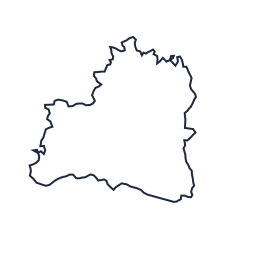 Boituva, São Paulo, Brazil, rotated 113°
{"feature_id": "56859067B19813676831421", "entity_name": "Boituva", "entity_type": "district", "adm_level": 2, "iso_a3": "BRA", "parent_name": "Brazil", "parent_adm1": "São Paulo", "projection": "orthographic", "projection_center": [-47.684, -23.285], "detail": "fine", "context": "isolated", "style": "outline", "palette": "slate", "viewbox_px": 256, "rotation_deg": 113, "n_neighbors": 0, "source": "geoboundaries", "source_scale": "gbopen_adm2", "svg_char_len": 2445}
<svg xmlns="http://www.w3.org/2000/svg" viewBox="0 0 256 256"><g transform="rotate(113 128 128)"><path d="M186.1,201.1L188.7,198.7L192.5,197.6L196.1,199.1L198.9,201.4L200.9,203.9L203.4,201.8L206.1,200.4L210.2,199.7L211.8,195.1L214.1,190.9L213.7,185.3L213.3,181.0L211.0,178.0L206.8,175.7L204.1,174.1L200.6,171.1L198.3,168.5L196.7,166.1L193.6,163.4L192.4,160.3L194.5,156.0L193.2,153.0L191.4,150.7L190.2,148.2L185.5,144.5L184.9,141.2L186.3,137.7L188.0,135.0L186.3,132.2L184.7,129.9L185.1,127.1L187.6,125.0L189.5,120.4L190.5,117.1L186.9,115.9L183.9,113.9L181.4,112.1L180.4,107.1L180.9,102.6L180.0,96.9L180.0,91.6L181.4,88.2L181.7,83.9L178.1,56.9L176.8,54.6L172.9,51.6L169.4,52.5L168.2,49.8L168.0,45.6L167.0,42.9L164.5,42.6L162.2,44.9L158.4,45.5L155.2,44.6L153.1,46.3L149.3,48.6L145.0,51.4L142.5,52.5L140.9,55.7L138.5,58.0L136.3,61.2L133.7,63.0L130.2,64.8L127.4,67.0L125.1,68.9L121.6,68.6L117.2,71.4L116.3,68.6L113.8,67.2L108.8,65.4L105.9,64.1L103.5,67.6L104.4,70.8L105.7,75.6L102.1,76.9L97.3,78.7L94.7,80.3L92.0,81.7L89.0,80.0L86.4,79.5L84.1,78.5L79.3,78.1L76.1,78.2L73.1,77.6L70.6,79.3L69.4,81.5L67.6,85.1L64.7,87.6L60.9,88.3L57.2,89.0L55.1,91.3L52.7,94.3L50.5,96.3L48.8,98.3L50.0,101.0L46.8,103.0L44.1,105.2L41.9,108.1L43.6,110.4L47.2,108.0L52.1,108.7L48.9,116.0L51.9,118.5L49.8,123.3L54.3,124.7L57.2,126.4L53.4,127.6L50.4,129.2L50.0,133.3L47.2,133.3L46.0,135.6L48.3,137.3L50.2,139.1L52.5,140.6L52.6,143.2L55.7,143.6L52.7,146.6L53.2,150.2L50.3,153.1L47.1,155.0L43.6,155.3L42.2,158.9L44.8,161.8L47.8,163.5L51.8,167.2L54.0,165.4L55.1,162.9L57.8,161.3L60.0,164.1L60.1,167.0L59.6,169.8L59.7,173.5L60.4,176.1L62.4,174.1L65.4,172.5L68.0,169.6L70.7,168.8L72.6,171.5L74.2,169.4L76.6,169.3L77.9,171.5L81.6,171.7L85.2,171.5L86.4,174.3L88.3,177.7L89.8,180.8L93.4,179.7L95.0,176.6L97.1,175.0L98.4,169.6L101.4,171.2L103.8,173.7L107.9,174.1L112.0,173.8L114.2,171.1L116.0,169.1L119.1,169.8L121.5,171.8L123.5,175.6L123.2,179.4L124.7,182.9L126.1,185.1L129.4,187.5L131.4,191.2L127.8,194.7L128.2,199.3L129.2,203.4L131.6,206.1L135.4,205.5L136.7,208.2L138.0,210.9L139.1,213.4L141.7,212.2L141.9,208.4L145.1,205.7L148.2,206.4L151.4,205.9L152.3,202.0L156.4,198.1L158.6,200.7L161.3,203.1L164.6,202.8L170.0,202.1L173.6,202.9L176.3,202.1L179.0,201.6L177.3,198.4L181.2,195.4L184.8,195.4L183.4,199.1L186.1,201.1ZM48.9,116.0L46.1,113.9L43.7,114.0L45.0,116.5L48.9,116.0ZM186.1,201.1L183.6,203.2L185.6,206.4L186.1,201.1Z" fill="none" stroke="#1e293b" stroke-width="2"/></g></svg>